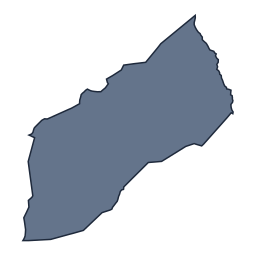 João Dourado, Bahia, Brazil
{"feature_id": "56859067B11161986118081", "entity_name": "João Dourado", "entity_type": "district", "adm_level": 2, "iso_a3": "BRA", "parent_name": "Brazil", "parent_adm1": "Bahia", "projection": "albers", "projection_center": [-41.539, -11.21], "detail": "fine", "context": "isolated", "style": "filled", "palette": "slate", "viewbox_px": 256, "rotation_deg": 0, "n_neighbors": 0, "source": "geoboundaries", "source_scale": "gbopen_adm2", "svg_char_len": 1804}
<svg xmlns="http://www.w3.org/2000/svg" viewBox="0 0 256 256"><path d="M232.8,113.7L233.1,112.0L231.8,109.8L231.1,107.2L230.9,104.4L232.5,102.4L232.9,100.6L232.4,99.1L232.4,97.4L232.1,95.6L230.6,94.8L230.8,92.0L231.0,90.2L229.0,89.4L226.7,88.9L226.4,87.3L224.8,86.1L223.8,84.1L222.5,80.2L221.5,78.1L221.2,75.4L219.7,74.2L219.6,72.6L218.6,70.7L216.8,69.4L217.6,66.8L216.8,64.4L218.2,62.3L218.3,59.6L216.8,58.3L215.5,55.9L216.2,53.9L214.7,52.9L213.8,51.3L212.0,50.7L210.0,50.0L209.0,48.5L208.0,46.3L206.3,43.4L203.9,41.3L202.3,39.7L202.3,37.1L200.8,35.2L200.1,33.6L198.4,32.3L196.8,30.1L195.6,28.0L194.9,26.5L194.2,24.7L194.2,22.5L194.8,20.2L195.3,17.8L195.2,15.4L160.8,43.7L158.5,46.7L157.4,48.1L145.7,62.3L137.6,63.3L134.8,63.6L123.7,65.1L121.3,70.0L112.6,75.6L106.5,79.1L107.4,82.5L108.3,83.8L105.4,87.8L102.4,90.3L100.9,91.7L99.1,91.7L97.6,91.8L95.9,91.6L94.0,91.4L92.1,91.1L90.6,90.7L88.9,89.9L87.4,89.1L85.6,90.3L84.1,91.9L82.5,93.2L81.2,94.6L80.8,96.4L80.4,98.0L79.8,99.9L79.6,102.0L79.6,103.7L71.3,108.3L68.9,109.3L47.3,119.0L44.5,118.8L41.8,120.3L39.9,122.2L38.4,123.7L35.3,126.8L34.2,128.1L33.6,129.8L32.9,132.4L31.6,134.0L29.0,135.1L34.6,137.7L28.2,161.5L32.8,195.8L31.9,197.3L28.4,200.4L28.9,207.1L26.5,212.3L23.8,217.8L24.4,221.2L24.7,223.2L25.6,229.7L25.4,232.9L25.1,236.0L24.5,237.6L23.8,239.1L22.9,240.6L28.3,240.6L50.7,239.4L57.6,237.5L70.0,234.1L72.4,233.5L83.4,230.4L102.1,212.6L110.2,210.0L111.9,209.1L112.5,207.4L113.8,205.7L115.6,203.3L117.2,201.3L117.9,199.3L118.3,197.6L118.7,196.1L119.5,194.4L120.3,191.5L121.6,189.9L123.5,189.4L123.8,186.9L131.7,179.0L148.3,162.5L151.8,162.2L154.5,162.0L161.6,161.4L185.8,146.4L191.8,144.4L194.2,143.6L195.9,144.2L201.7,145.9L203.6,144.1L226.9,117.9L229.5,114.8L231.2,112.8L232.8,113.7Z" fill="#64748b" stroke="#1e293b" stroke-width="1.5"/></svg>